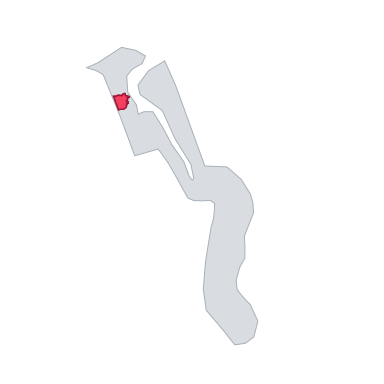 Foni Brefet, West Coast, Gambia shown in context, rotated 69°
{"feature_id": "56634734B27150312185582", "entity_name": "Foni Brefet", "entity_type": "district", "adm_level": 2, "iso_a3": "GMB", "parent_name": "Gambia", "parent_adm1": "West Coast", "projection": "equal_earth", "projection_center": [-16.363, 13.217], "detail": "fine", "context": "in_parent", "style": "filled", "palette": "rose", "viewbox_px": 384, "rotation_deg": 69, "n_neighbors": 0, "source": "geoboundaries", "source_scale": "gbopen_adm2", "svg_char_len": 2605}
<svg xmlns="http://www.w3.org/2000/svg" viewBox="0 0 384 384"><g transform="rotate(69 192 192)"><path d="M59.8,170.5L86.9,169.1L119.7,169.7L155.5,170.4L172.3,170.7L181.1,150.4L197.9,141.5L215.1,138.2L224.1,139.1L233.6,142.1L251.8,158.8L263.1,162.6L272.7,166.4L279.5,174.5L290.4,182.5L298.9,184.7L304.0,183.5L312.5,180.4L318.0,177.9L336.1,176.8L349.5,186.2L352.3,196.3L350.1,206.8L332.3,212.4L307.5,221.1L286.9,216.3L262.0,204.4L247.3,195.9L241.3,192.4L232.1,187.0L224.2,181.2L216.5,177.4L210.6,175.0L206.3,178.0L204.1,185.2L200.7,193.3L196.2,198.0L175.3,200.9L156.5,203.8L146.5,206.3L139.8,208.2L137.6,232.5L116.4,232.2L95.5,232.0L73.8,232.4L50.5,232.9L44.5,237.8L38.2,245.8L37.6,233.7L31.7,205.9L39.6,193.8L48.3,186.7L54.1,192.4L55.9,203.7L60.4,211.4L75.7,216.2L90.8,212.7L100.1,214.3L99.8,208.1L103.0,199.8L121.3,196.2L140.8,193.8L160.8,188.8L176.4,189.0L181.1,187.6L180.0,185.5L165.9,183.1L135.9,188.8L105.4,190.5L82.3,205.6L72.8,204.2L63.2,189.1L59.8,170.5Z" fill="#d9dde1" stroke="#a8b0b8" stroke-width="1"/><path d="M81.2,216.9L81.2,216.6L80.7,216.3L80.2,216.7L79.6,217.1L79.3,217.4L79.0,217.9L78.6,218.9L78.3,219.5L77.8,219.6L77.1,219.4L76.5,219.1L76.2,219.0L75.8,219.6L75.7,220.1L75.8,220.7L75.8,221.3L75.8,221.8L76.1,222.1L76.6,222.3L76.9,222.5L76.9,223.1L76.8,223.4L76.5,223.3L76.3,223.2L76.2,223.6L76.3,224.0L76.2,224.5L76.0,224.9L75.8,225.2L75.5,225.0L75.4,225.1L75.3,225.4L75.5,225.5L75.7,225.8L75.7,226.0L75.2,226.6L75.0,226.8L75.0,227.0L74.9,227.2L74.9,227.4L75.0,227.5L75.1,227.8L75.1,228.0L75.3,228.1L75.4,228.3L75.4,228.5L75.2,228.3L75.1,228.5L75.1,229.1L75.0,229.4L74.9,229.5L74.8,229.9L74.6,230.0L74.5,230.4L74.3,230.7L74.3,231.1L75.9,231.0L76.6,231.1L77.3,231.0L77.5,231.0L79.1,231.1L79.8,231.1L80.9,231.1L82.7,231.2L82.8,231.1L84.4,231.1L84.5,231.2L86.2,231.2L87.7,231.2L89.1,231.2L89.1,229.7L89.3,228.3L89.4,227.8L90.0,226.8L90.3,225.9L89.6,223.7L89.4,223.2L88.6,222.5L87.3,221.5L87.2,221.5L86.8,221.1L86.7,221.1L86.4,221.0L86.2,221.4L86.0,220.8L86.0,220.7L86.3,220.7L86.1,220.4L85.9,220.5L85.7,220.5L85.7,220.4L85.7,220.2L85.9,220.0L86.2,219.9L86.3,219.7L85.9,219.6L85.7,219.6L85.5,219.8L85.3,219.8L85.3,220.2L85.3,220.4L85.1,220.4L85.0,220.1L85.1,219.7L85.0,219.4L84.9,219.3L84.8,219.6L84.8,219.9L84.7,219.9L84.5,219.6L84.4,219.4L84.2,219.4L84.1,219.5L84.1,220.2L84.0,220.4L83.9,220.6L83.7,220.7L83.3,220.5L83.2,220.3L83.1,220.0L83.1,219.8L82.9,219.7L82.7,219.7L82.6,219.4L82.5,219.0L82.4,218.8L82.1,218.7L81.8,218.4L81.6,218.3L81.2,218.4L80.9,218.7L80.7,218.4L80.6,218.1L80.6,217.8L80.6,217.6L80.8,217.3L81.2,216.9Z" fill="#f43f5e" stroke="#9f1239" stroke-width="1.5"/></g></svg>